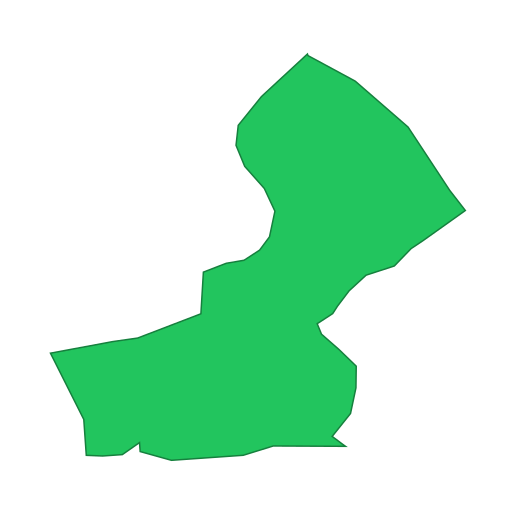 the district of Seocho-gu, Seoul, South Korea, rotated 266°
{"feature_id": "91817680B5725333816693", "entity_name": "Seocho-gu", "entity_type": "district", "adm_level": 2, "iso_a3": "KOR", "parent_name": "South Korea", "parent_adm1": "Seoul", "projection": "albers", "projection_center": [127.03, 37.463], "detail": "fine", "context": "isolated", "style": "filled", "palette": "green", "viewbox_px": 512, "rotation_deg": 266, "n_neighbors": 0, "source": "geoboundaries", "source_scale": "gbopen_adm2", "svg_char_len": 762}
<svg xmlns="http://www.w3.org/2000/svg" viewBox="0 0 512 512"><g transform="rotate(266 256 256)"><path d="M453.9,321.4L414.7,272.6L387.6,247.4L367.8,243.8L346.2,251.0L322.8,269.0L299.4,278.0L274.2,270.8L261.6,260.0L252.6,243.8L250.8,225.8L243.6,202.4L202.2,197.0L182.4,132.2L180.6,107.0L173.4,44.2L105.0,72.8L69.0,72.8L68.8,74.6L67.2,89.0L67.2,108.8L78.0,126.8L69.0,126.8L58.1,157.4L58.1,177.2L58.1,206.0L58.1,229.4L65.3,260.0L64.9,265.1L59.9,332.0L61.8,329.7L70.7,319.4L92.3,339.3L117.5,346.5L139.1,348.3L157.1,332.1L173.4,315.9L184.2,312.3L193.2,328.5L200.4,333.9L214.8,346.5L229.2,364.5L236.4,393.3L252.6,411.3L259.8,423.9L286.8,468.0L308.0,453.8L374.0,416.7L423.5,367.2L452.3,321.8L453.9,321.4Z" fill="#22c55e" stroke="#15803d" stroke-width="1.5"/></g></svg>